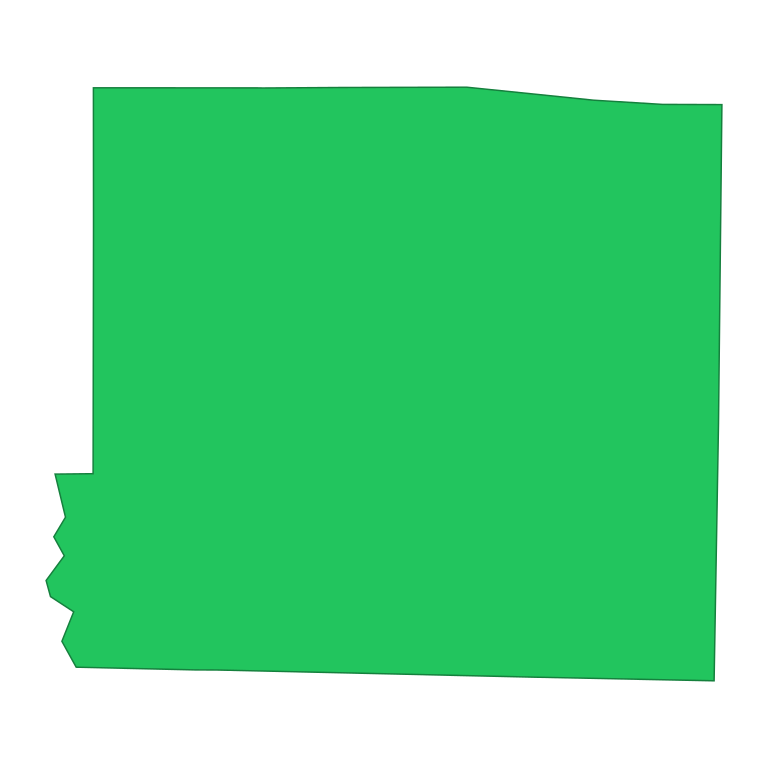 Drew, Arkansas, United States of America
{"feature_id": "52423323B83124951000608", "entity_name": "Drew", "entity_type": "district", "adm_level": 2, "iso_a3": "USA", "parent_name": "United States of America", "parent_adm1": "Arkansas", "projection": "natural_earth1", "projection_center": [-91.839, 33.591], "detail": "fine", "context": "isolated", "style": "filled", "palette": "green", "viewbox_px": 768, "rotation_deg": 0, "n_neighbors": 0, "source": "geoboundaries", "source_scale": "gbopen_adm2", "svg_char_len": 425}
<svg xmlns="http://www.w3.org/2000/svg" viewBox="0 0 768 768"><path d="M93.5,216.5L93.5,227.2L93.1,473.7L55.1,474.1L65.5,517.2L53.8,536.8L64.3,555.8L46.1,580.5L50.5,596.6L73.7,611.8L61.9,641.3L76.2,667.2L195.1,669.9L217.0,670.0L536.0,677.2L714.1,680.8L718.5,423.6L721.9,104.6L662.4,104.4L593.6,100.2L466.7,87.2L340.8,87.5L262.7,88.0L257.1,87.9L93.4,87.8L93.5,216.5Z" fill="#22c55e" stroke="#15803d" stroke-width="1.5"/></svg>